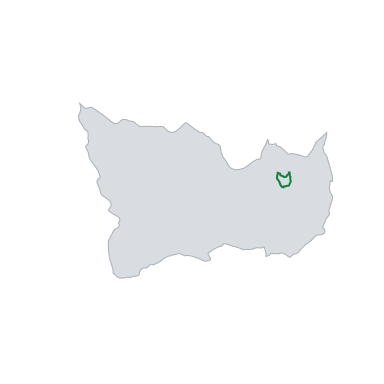 Boganangone, Lobaye, Central African Republic shown in context, rotated 203°
{"feature_id": "33826404B50242901211322", "entity_name": "Boganangone", "entity_type": "district", "adm_level": 2, "iso_a3": "CAF", "parent_name": "Central African Republic", "parent_adm1": "Lobaye", "projection": "natural_earth1", "projection_center": [17.185, 4.689], "detail": "fine", "context": "in_parent", "style": "outline", "palette": "green", "viewbox_px": 384, "rotation_deg": 203, "n_neighbors": 0, "source": "geoboundaries", "source_scale": "gbopen_adm2", "svg_char_len": 5196}
<svg xmlns="http://www.w3.org/2000/svg" viewBox="0 0 384 384"><g transform="rotate(203 192 192)"><path d="M258.2,141.3L261.3,142.2L261.9,143.4L261.1,147.0L261.7,149.3L263.4,151.2L265.2,152.0L266.9,152.5L272.9,153.6L275.4,155.0L278.7,159.2L282.8,163.1L283.8,165.1L283.6,167.0L282.4,169.3L282.6,170.2L284.5,172.5L286.7,174.8L290.6,177.4L297.5,181.4L300.6,184.1L301.7,186.2L303.5,188.4L306.0,190.4L307.6,192.0L306.5,196.4L306.8,197.9L307.5,199.1L308.9,200.9L309.5,203.1L310.9,205.9L312.6,207.2L315.4,207.7L316.9,209.0L320.0,211.2L323.0,213.1L324.3,214.5L325.1,215.6L325.8,217.0L326.2,218.4L326.2,221.4L326.8,225.1L328.4,227.7L329.9,229.6L323.8,227.4L322.9,227.4L321.8,227.7L318.6,230.4L317.6,230.7L313.5,230.2L303.8,228.1L296.2,226.0L294.0,225.3L290.0,224.6L287.3,226.0L284.8,230.7L284.1,231.7L280.2,233.1L278.4,232.7L273.8,234.0L266.8,232.0L264.3,232.4L262.4,233.4L257.4,235.6L254.3,236.8L250.8,237.9L247.4,239.6L245.2,240.6L243.0,240.6L241.0,239.6L238.8,238.8L236.1,238.6L233.4,239.1L231.1,241.0L230.2,242.3L228.2,245.9L225.8,251.8L224.9,253.0L224.0,253.6L213.1,250.7L208.4,250.0L205.2,250.9L201.2,249.2L199.5,249.0L198.7,249.5L196.4,248.7L192.8,246.7L189.4,245.9L186.3,246.2L184.4,245.5L182.8,243.6L180.9,240.0L177.3,236.5L172.5,233.6L169.6,231.5L168.4,230.1L165.8,229.3L161.9,229.1L158.1,230.5L152.7,235.0L147.6,244.0L144.8,247.5L142.6,248.4L142.0,250.6L143.1,254.0L143.4,258.0L142.7,264.8L143.0,269.8L141.7,269.0L140.6,266.7L140.1,266.2L136.7,267.2L135.0,268.2L134.1,269.1L133.4,269.2L132.3,268.0L131.5,267.7L130.2,268.0L128.9,268.0L128.0,267.8L127.4,267.9L125.8,267.2L120.1,265.3L119.1,264.6L118.0,264.7L115.0,266.3L113.5,266.8L108.7,267.8L103.7,268.3L101.7,268.4L100.4,269.1L99.5,270.1L98.0,276.4L97.6,277.5L97.6,279.1L97.2,284.1L97.4,285.7L91.3,299.5L90.3,297.2L89.7,294.5L89.4,291.4L89.6,290.6L89.2,289.7L88.7,287.1L89.2,285.5L88.8,283.8L87.6,282.1L86.5,280.8L85.9,279.7L85.4,279.2L84.2,279.0L82.6,278.4L75.9,270.3L68.9,261.2L67.5,258.2L66.9,256.5L68.6,256.3L69.0,256.0L69.1,255.2L68.0,252.9L67.5,249.9L66.6,248.1L63.9,245.3L61.3,243.2L60.4,242.1L60.0,240.5L59.0,230.7L58.5,227.9L57.7,226.6L57.1,226.1L56.9,225.4L57.0,223.6L57.3,222.1L57.3,221.5L58.0,220.1L58.0,211.0L57.2,209.7L55.6,209.7L54.8,208.4L54.1,206.7L54.3,205.5L55.8,203.7L56.8,202.9L59.8,201.5L60.6,200.8L61.2,199.8L61.5,198.6L63.3,194.0L65.8,189.3L66.9,188.3L69.5,181.4L70.2,179.7L70.6,177.9L71.4,176.5L74.3,174.2L76.4,170.1L78.7,170.3L81.1,171.0L84.2,171.3L86.6,170.5L88.1,168.9L95.5,166.2L96.0,164.0L97.2,162.8L98.6,161.8L99.0,161.7L99.1,162.4L100.0,164.7L101.7,166.9L104.1,169.4L104.8,169.3L106.4,167.4L110.2,166.2L111.2,165.7L113.9,163.0L117.2,161.2L119.2,160.6L122.5,158.8L124.8,159.0L128.7,158.7L135.0,157.9L139.6,157.6L141.9,157.2L142.5,156.9L143.4,154.2L144.1,153.5L145.8,152.3L149.2,148.4L151.4,145.0L152.0,143.8L152.5,143.6L153.4,142.2L152.5,140.7L148.7,137.7L148.8,137.3L148.5,136.8L148.8,136.4L150.2,135.2L152.1,133.8L154.2,133.3L159.6,133.4L164.2,133.1L165.3,133.2L168.9,132.5L171.3,131.8L173.9,130.4L179.6,130.6L184.3,126.9L185.7,126.3L186.3,125.7L186.5,125.1L188.7,123.7L191.2,120.7L193.2,118.0L193.7,116.1L199.1,109.7L200.9,109.8L201.9,109.0L204.0,104.7L204.6,103.9L206.9,103.2L207.9,101.9L208.8,100.0L208.8,97.7L208.4,95.8L208.4,94.9L208.9,94.0L209.8,93.2L213.8,90.9L214.9,89.8L215.5,88.8L216.6,88.6L217.9,88.7L218.7,88.0L219.6,87.0L222.4,85.6L225.0,84.5L227.8,84.9L232.8,86.4L234.3,89.4L235.0,90.5L241.2,97.8L242.4,99.5L245.5,104.7L247.4,108.3L249.6,113.4L249.8,116.2L249.5,118.6L249.1,125.3L248.6,127.2L245.9,130.9L245.8,132.5L246.3,133.9L247.2,134.4L247.7,135.1L247.4,138.2L248.4,139.5L250.4,140.3L255.5,140.9L258.2,141.3Z" fill="#d9dde1" stroke="#a8b0b8" stroke-width="1"/><path d="M120.6,243.2L120.3,242.5L120.2,241.6L119.9,240.2L119.6,238.8L119.4,238.6L119.1,238.4L119.0,237.8L118.6,237.3L117.8,236.8L117.2,236.6L115.5,235.6L115.3,235.4L115.2,235.1L115.2,234.8L114.9,234.6L114.2,234.3L114.0,234.1L113.9,233.9L113.8,233.6L113.7,233.3L113.5,233.1L113.2,233.0L112.7,232.8L112.4,232.8L112.2,232.6L112.1,232.3L111.9,232.0L111.7,231.9L111.3,231.8L111.0,231.9L110.8,231.9L110.5,231.9L110.5,232.0L110.3,232.0L110.0,231.9L109.7,232.0L109.8,232.5L109.6,233.1L109.1,233.4L108.5,233.5L108.1,233.6L107.8,234.2L107.5,234.4L107.2,234.5L106.9,234.9L106.4,235.1L105.8,235.4L105.4,235.6L105.3,236.4L105.3,236.8L105.3,237.4L105.3,238.5L105.1,239.6L105.4,240.3L105.5,240.9L105.9,241.2L106.4,242.0L107.1,243.5L107.3,243.9L107.3,244.5L107.7,244.7L108.2,245.0L108.7,245.7L109.1,246.9L109.4,247.5L109.6,247.9L110.0,248.1L110.3,247.9L110.2,247.8L110.2,247.6L110.1,247.1L110.0,246.9L109.9,246.6L110.0,246.3L110.1,246.1L110.3,245.8L110.5,245.6L110.8,245.4L111.0,245.2L111.0,244.8L111.0,244.6L111.0,244.4L111.0,244.1L111.0,243.8L111.0,243.5L111.1,243.3L111.3,243.1L111.4,242.7L111.7,242.5L111.9,242.5L112.1,242.4L112.6,242.0L112.8,242.0L113.0,242.0L113.3,242.0L113.5,241.8L113.7,241.7L114.0,241.7L114.1,241.9L114.3,242.0L114.5,242.1L115.0,242.2L115.4,242.1L115.7,242.0L115.9,242.0L116.5,241.9L116.8,242.0L117.3,242.1L117.6,242.6L117.8,243.0L118.0,243.2L118.2,243.4L118.5,243.4L118.9,243.3L119.1,243.2L119.3,243.1L119.4,242.9L119.5,242.9L119.8,243.0L120.3,243.3L120.6,243.2Z" fill="none" stroke="#15803d" stroke-width="2"/></g></svg>